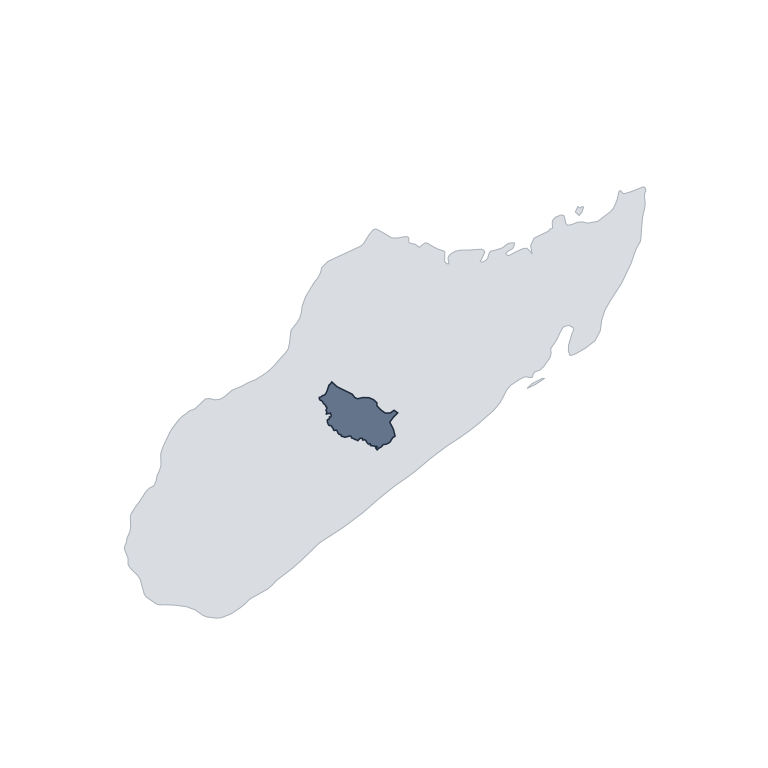 Vakinankaratra highlighted on a map of Madagascar, rotated 36°
{"feature_id": "MDG-5881", "entity_name": "Vakinankaratra", "entity_type": "Autonomous Province", "adm_level": 1, "iso_a3": "MDG", "parent_name": "Madagascar", "parent_adm1": "", "projection": "robinson", "projection_center": [46.868, -19.718], "detail": "fine", "context": "in_parent", "style": "filled", "palette": "slate", "viewbox_px": 768, "rotation_deg": 36, "n_neighbors": 0, "source": "natural_earth", "source_scale": "10m", "svg_char_len": 6386}
<svg xmlns="http://www.w3.org/2000/svg" viewBox="0 0 768 768"><g transform="rotate(36 384 384)"><path d="M491.4,88.2L493.3,93.0L495.5,97.7L502.2,108.9L505.1,113.2L507.6,117.8L508.7,127.0L513.0,141.2L517.0,162.6L518.2,184.5L519.4,194.6L522.5,204.1L527.7,213.9L529.3,224.8L526.1,236.1L521.4,246.7L520.2,248.7L518.1,251.4L517.1,251.3L513.5,248.6L510.5,244.1L506.7,233.5L505.4,228.2L503.8,227.3L499.4,227.8L496.2,231.1L495.6,233.2L496.2,239.2L497.4,244.5L497.9,250.0L498.0,256.8L499.2,258.9L501.0,260.6L502.8,265.1L503.0,275.8L501.9,281.2L498.8,285.8L498.9,288.4L500.1,291.0L499.0,292.6L494.8,294.6L493.1,296.4L490.8,301.1L487.2,310.7L486.7,315.6L488.9,330.5L488.2,341.1L483.5,361.4L480.8,371.0L477.0,382.5L471.2,397.6L465.5,416.6L460.6,436.2L456.9,448.0L452.8,459.5L447.2,480.0L442.5,500.8L435.4,523.7L425.7,549.1L424.7,552.5L422.6,565.5L420.5,576.8L417.9,588.0L412.4,606.5L411.8,612.2L410.6,617.7L405.4,629.3L403.2,633.6L401.6,638.2L400.7,644.0L399.2,649.6L395.4,659.9L389.7,668.8L385.9,672.0L377.5,676.7L373.3,677.6L363.9,677.7L354.9,680.4L345.4,685.5L336.4,691.4L332.9,694.2L329.1,695.8L317.1,696.1L313.5,694.9L301.4,685.2L296.8,683.6L287.9,682.3L285.3,681.5L282.8,680.2L279.2,675.2L272.1,670.9L270.4,669.5L269.3,666.6L268.6,663.4L266.7,659.9L265.3,653.1L263.0,648.4L256.4,640.0L255.7,637.4L255.1,628.5L255.3,622.5L254.6,611.5L255.3,606.4L257.6,601.7L256.7,596.7L254.2,591.4L253.2,585.9L251.4,580.9L244.5,571.9L242.9,567.5L241.7,562.9L239.1,548.7L238.7,543.7L239.0,533.2L240.0,527.8L241.6,524.0L242.0,521.2L243.1,518.8L244.7,516.9L245.8,514.6L248.3,501.1L251.5,498.2L256.3,496.4L260.2,492.9L262.4,488.2L264.6,478.4L270.6,468.7L272.8,463.6L277.6,455.9L281.9,445.1L283.2,440.0L284.2,434.8L285.2,423.3L286.0,417.6L285.9,411.9L283.3,406.1L277.4,395.6L277.2,393.6L277.6,385.8L277.1,380.1L274.9,374.4L272.0,369.1L269.2,359.2L267.8,342.7L268.1,336.8L267.3,331.5L265.2,326.5L266.6,317.7L284.3,285.8L284.9,282.0L284.2,272.3L284.5,266.6L285.1,264.6L286.5,263.3L289.5,262.7L304.0,261.3L305.8,260.4L309.4,257.7L314.3,252.5L316.6,251.0L318.6,251.5L319.8,253.8L321.4,255.0L327.3,252.6L329.5,252.5L331.8,252.9L332.8,250.8L333.5,247.9L334.3,245.8L335.9,244.7L343.4,244.0L348.2,243.2L354.4,241.2L355.7,241.6L360.7,248.9L362.2,249.5L364.2,249.8L365.9,248.5L361.8,244.6L361.2,242.5L361.4,240.0L363.6,234.8L367.2,230.8L375.3,224.7L383.6,217.6L386.1,217.1L388.1,218.2L389.7,226.6L389.5,227.9L390.9,228.1L392.4,227.1L393.8,223.7L393.9,221.0L392.8,218.3L392.2,216.0L392.2,213.9L396.4,209.0L399.8,204.3L401.3,198.7L402.7,196.2L406.2,193.3L407.2,193.7L408.1,196.1L408.5,198.6L407.6,201.1L406.3,203.5L405.8,206.8L407.8,207.4L409.7,206.6L412.4,200.7L415.5,195.1L417.4,192.2L419.8,190.2L423.7,190.6L427.5,191.8L421.3,185.9L419.7,177.8L427.1,163.8L427.2,160.9L428.3,160.0L428.8,158.9L425.0,154.2L424.2,151.8L424.7,148.3L426.6,145.1L428.2,142.9L430.6,142.0L432.4,143.3L436.5,147.1L439.3,147.7L442.6,144.0L445.4,139.3L449.5,136.1L454.2,134.2L461.3,126.8L465.9,111.5L466.3,107.0L465.3,101.6L463.7,96.4L460.9,90.0L461.6,88.5L465.5,89.4L466.8,88.5L471.1,82.8L478.0,71.9L480.3,71.9L482.3,73.9L483.0,76.9L484.4,79.1L489.1,84.3L491.4,88.2ZM442.8,131.3L442.9,133.0L437.6,132.3L436.7,126.5L439.3,126.3L439.9,123.9L441.5,123.6L443.2,128.8L442.8,131.3ZM506.9,295.1L502.3,303.6L503.6,296.5L508.9,286.2L510.4,285.4L506.9,295.1Z" fill="#d9dde1" stroke="#a8b0b8" stroke-width="1"/><path d="M339.5,432.9L340.5,431.6L340.7,431.2L340.8,431.0L340.9,430.1L341.0,429.9L341.1,429.4L341.4,429.1L341.7,428.8L342.0,428.5L342.3,428.1L342.3,427.9L342.4,427.6L342.5,425.8L342.5,425.5L342.2,424.5L342.2,424.0L342.1,423.3L342.0,422.8L341.1,420.5L340.7,418.9L340.6,418.5L340.4,418.2L340.2,417.7L340.2,417.4L340.2,416.7L340.3,416.4L340.5,416.1L340.5,415.9L340.6,415.6L340.5,413.0L347.6,413.8L354.7,412.6L364.2,410.9L368.3,412.1L371.3,411.5L374.8,407.4L379.9,403.9L384.9,402.8L389.4,403.4L390.9,405.7L396.5,406.8L402.0,406.8L406.0,403.9L407.6,399.3L412.1,399.3L411.1,405.7L411.1,411.5L418.1,415.0L423.6,419.6L423.6,419.9L423.5,420.2L423.3,420.7L422.9,421.4L422.7,421.7L422.7,422.2L422.7,425.0L422.8,425.6L422.9,426.0L423.0,426.4L423.0,426.7L422.9,427.8L422.5,428.9L421.3,431.2L421.0,431.6L420.4,432.2L419.7,432.7L419.4,433.0L419.0,433.6L419.0,433.9L418.9,434.2L418.9,435.8L418.8,436.2L418.7,436.7L417.6,438.9L417.4,439.7L417.2,441.9L417.1,441.6L417.0,441.4L416.8,441.3L416.6,441.1L416.4,441.0L415.5,440.8L415.2,440.8L415.0,440.6L414.9,440.5L414.8,440.3L414.9,440.0L415.0,439.8L415.3,439.5L415.4,439.3L415.4,439.1L415.4,438.9L415.2,438.7L414.6,438.8L414.3,438.9L414.1,439.1L413.6,439.8L413.4,439.9L413.2,440.0L411.9,440.2L411.5,440.4L409.5,441.7L409.3,441.7L409.1,441.7L408.9,441.4L408.7,440.9L408.6,440.7L408.4,440.6L408.1,440.5L407.9,440.5L407.5,440.7L407.3,440.9L407.2,441.1L407.1,441.3L407.0,441.5L406.8,441.7L406.5,441.8L406.1,441.7L403.6,441.0L403.4,440.9L402.9,440.5L402.7,440.3L402.2,440.3L401.7,440.4L401.0,440.6L400.8,440.7L400.7,440.8L400.1,441.6L400.0,441.8L399.8,441.9L399.5,441.8L399.2,441.5L399.0,441.3L398.9,441.0L398.8,440.8L398.6,440.7L398.4,440.7L398.1,440.8L397.9,440.9L397.7,441.1L397.2,441.5L396.8,442.0L396.6,442.1L396.5,442.4L396.5,442.6L396.4,443.4L396.2,444.8L396.2,445.1L396.0,445.3L395.6,445.3L394.9,445.3L394.2,445.5L393.4,445.9L393.1,446.0L391.2,446.1L390.0,446.6L389.8,446.7L389.4,446.6L388.7,446.2L388.2,445.9L387.8,445.8L387.4,445.8L387.2,446.0L386.6,446.4L386.5,446.6L386.1,447.1L384.9,448.7L384.0,449.6L383.7,449.9L383.6,450.1L383.4,450.2L383.2,450.4L382.2,450.4L381.8,450.5L381.1,451.0L380.3,451.3L379.5,450.9L378.9,450.3L378.3,450.5L377.6,451.0L376.7,451.1L375.8,450.8L373.1,449.3L372.4,449.4L371.8,450.2L371.0,450.9L370.1,450.9L369.8,450.6L369.6,450.2L369.3,449.9L369.0,449.8L368.5,449.8L367.7,449.6L366.9,449.3L366.6,449.0L366.2,448.9L365.7,448.8L365.2,449.0L364.3,449.7L363.8,449.8L363.0,449.6L362.1,449.1L360.4,447.9L359.7,447.1L359.3,446.4L359.5,445.6L360.4,445.0L360.1,444.5L359.7,443.4L359.3,442.8L360.0,442.6L360.2,442.0L360.1,441.2L359.9,440.6L359.4,440.2L358.2,439.5L357.7,439.0L357.4,439.8L357.0,440.2L356.0,440.9L355.1,442.2L354.8,442.2L354.7,441.2L354.4,440.3L353.9,440.0L353.3,439.9L352.6,439.5L352.3,438.8L352.1,437.1L351.6,436.5L351.3,436.3L350.5,436.5L350.2,436.5L349.9,436.3L349.4,435.7L349.1,435.5L346.6,435.4L344.6,434.4L343.7,434.2L343.4,434.1L343.1,434.1L342.7,434.4L342.4,434.6L342.1,434.6L341.7,434.6L340.4,434.0L339.5,432.9Z" fill="#64748b" stroke="#1e293b" stroke-width="1.5"/></g></svg>